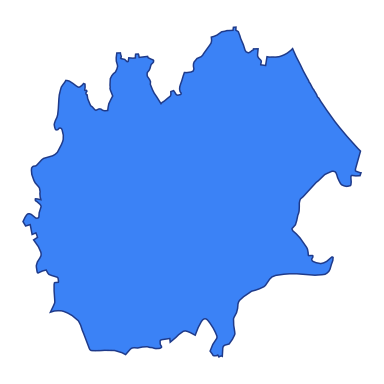 outline of Dien Ban, Quàng Nam, Vietnam
{"feature_id": "81297802B70720207353538", "entity_name": "Dien Ban", "entity_type": "district", "adm_level": 2, "iso_a3": "VNM", "parent_name": "Vietnam", "parent_adm1": "Quàng Nam", "projection": "equal_earth", "projection_center": [108.219, 15.904], "detail": "fine", "context": "isolated", "style": "filled", "palette": "blue", "viewbox_px": 384, "rotation_deg": 0, "n_neighbors": 0, "source": "geoboundaries", "source_scale": "gbopen_adm2", "svg_char_len": 5790}
<svg xmlns="http://www.w3.org/2000/svg" viewBox="0 0 384 384"><path d="M50.4,312.2L54.3,311.0L58.1,310.7L61.4,310.8L63.7,311.4L67.6,313.0L72.2,315.6L78.3,320.7L79.2,322.3L80.6,325.1L82.3,330.3L83.7,333.7L89.3,348.5L89.9,349.6L90.9,350.4L91.9,350.6L95.2,350.7L100.5,350.6L104.7,350.3L114.7,350.5L122.0,352.7L125.6,354.6L130.1,349.4L131.3,348.4L132.6,347.9L134.2,347.7L137.7,348.0L142.4,347.0L147.2,346.7L150.0,347.5L152.2,347.6L154.2,348.3L155.7,348.6L158.2,348.5L159.5,348.4L160.6,348.0L161.5,347.3L161.5,346.8L161.4,346.2L160.7,345.3L160.2,344.0L160.1,341.1L160.4,340.3L161.7,339.7L169.8,338.5L170.2,342.2L175.8,337.5L178.7,334.6L183.3,331.3L185.3,330.9L187.6,331.5L190.1,332.5L195.2,335.2L198.2,327.5L201.2,321.8L202.5,320.0L203.6,319.2L204.6,318.8L205.5,318.8L206.7,319.3L207.9,320.4L210.1,323.3L213.2,328.1L215.4,332.4L216.9,336.0L217.0,337.5L216.6,338.6L212.8,344.4L210.1,351.1L212.3,354.1L213.0,355.3L213.3,355.6L214.4,355.8L216.4,355.7L217.5,355.1L217.9,355.1L218.7,356.9L219.1,356.9L219.9,356.3L221.2,356.0L221.9,356.1L222.3,356.3L222.8,347.9L223.3,346.4L223.9,345.8L225.0,345.1L229.1,344.0L232.4,339.3L234.4,335.3L234.9,333.9L234.7,331.7L233.7,325.3L233.5,318.8L234.0,317.4L236.5,312.7L237.6,308.4L238.0,303.8L238.7,301.7L239.7,300.2L243.7,296.6L251.6,291.2L255.4,290.2L259.4,288.8L263.9,286.7L265.4,285.4L269.7,279.1L272.0,276.9L275.7,275.4L284.1,274.2L289.5,273.8L297.0,273.8L314.9,275.2L322.1,274.7L325.0,274.3L327.0,273.1L328.8,271.4L330.0,269.2L331.4,264.4L332.8,260.5L333.1,257.5L332.6,257.0L331.8,257.0L326.7,261.4L323.6,262.9L320.7,263.6L316.1,262.7L313.2,261.5L312.3,260.9L311.7,259.5L311.9,258.6L312.7,257.5L312.9,256.5L312.8,255.7L312.3,255.5L308.7,255.6L308.3,255.2L308.1,252.5L307.5,249.3L306.7,247.5L300.0,237.9L296.3,233.9L292.8,230.8L292.0,229.1L292.1,228.4L293.1,227.4L295.4,224.8L296.7,220.6L297.8,215.3L298.7,212.9L299.1,211.0L299.3,206.8L299.3,203.0L299.8,200.6L300.5,198.9L303.1,196.7L316.2,182.4L318.3,180.8L324.7,174.6L327.1,173.4L331.9,171.3L333.2,171.2L335.1,171.8L336.0,172.9L336.8,174.8L337.6,177.6L339.1,180.9L340.6,183.7L341.8,184.9L344.2,185.9L346.5,186.4L348.1,186.2L350.4,185.6L350.9,184.8L351.2,181.9L350.9,178.1L350.9,176.8L351.2,175.8L351.8,175.4L355.9,175.9L360.0,175.7L361.0,172.8L360.1,172.7L356.0,171.2L355.5,170.8L355.4,170.4L355.4,169.8L355.6,168.5L360.5,151.1L357.7,148.3L347.1,136.5L339.4,127.3L334.9,121.6L326.7,110.2L322.2,103.5L321.0,101.8L318.8,98.1L317.6,97.1L317.2,96.3L316.7,94.8L315.1,92.0L314.5,91.3L314.0,90.1L312.7,88.4L310.0,83.2L309.1,82.2L308.8,81.1L307.9,79.4L307.2,78.2L303.3,71.0L300.5,65.1L296.1,56.5L293.5,50.7L292.6,48.6L290.9,50.3L287.3,53.1L284.4,54.7L281.8,55.8L279.1,56.7L275.4,57.1L272.9,57.0L269.3,57.1L267.0,56.7L265.6,65.5L260.7,64.8L260.7,64.3L261.0,63.1L261.3,61.7L261.2,60.9L260.7,60.1L258.8,58.2L258.2,57.3L257.6,56.1L257.6,54.2L258.1,48.8L253.5,48.9L253.4,49.8L252.1,50.5L250.6,51.7L248.9,52.7L248.3,52.8L247.3,52.4L246.1,51.8L245.1,50.3L243.3,44.6L240.7,38.6L239.8,35.6L238.3,31.7L235.8,30.1L236.0,27.1L233.4,27.3L233.0,30.3L229.9,30.5L226.8,30.6L225.0,31.2L221.6,31.8L217.0,35.1L213.9,36.4L211.3,37.1L211.6,40.2L211.4,41.8L211.0,43.2L209.7,45.2L203.4,53.9L202.9,54.9L201.3,56.6L197.0,58.5L194.1,62.0L193.5,63.9L193.4,66.1L193.9,69.0L193.2,71.0L191.1,72.0L186.7,72.6L184.4,72.5L183.2,75.9L181.7,81.0L180.6,84.0L179.8,86.7L179.6,88.7L179.7,89.9L180.1,91.6L181.2,93.2L181.0,94.1L180.4,94.6L178.3,95.1L177.3,95.2L176.1,94.4L174.9,92.4L173.6,90.6L170.8,91.6L170.9,94.5L170.4,96.1L167.7,98.2L164.4,101.0L161.9,102.6L161.0,103.7L156.6,96.7L154.2,93.2L152.5,89.8L150.3,84.3L150.5,81.7L149.7,79.8L148.4,77.8L147.5,76.6L147.2,75.6L147.1,74.0L147.3,72.5L149.2,70.2L150.0,68.4L150.7,65.8L151.2,64.4L152.7,63.0L153.5,62.0L153.6,60.5L153.1,59.9L151.0,59.1L148.1,57.7L147.6,56.4L139.2,57.4L138.6,54.6L138.3,54.0L136.2,54.1L135.6,54.2L135.4,55.8L135.4,57.9L133.0,58.2L128.8,57.8L128.2,61.4L127.6,61.7L126.8,61.5L124.7,59.4L121.0,58.6L120.6,58.1L121.2,57.2L121.3,56.4L120.6,54.3L120.4,52.9L116.8,53.0L116.2,57.8L116.3,61.1L117.4,64.9L117.6,66.4L116.9,69.0L115.4,72.1L113.4,73.7L111.8,75.7L110.3,78.7L110.0,85.2L110.2,87.1L110.0,88.6L110.5,90.4L112.7,96.0L111.2,98.8L108.8,103.8L108.2,106.9L107.7,110.5L104.8,110.8L102.6,110.3L101.1,109.2L99.8,108.9L98.8,109.0L95.9,110.3L94.8,109.7L92.3,106.9L90.8,105.8L90.0,104.3L87.7,98.7L87.1,94.8L86.6,94.8L86.0,93.8L85.9,93.1L86.0,92.6L86.9,91.4L86.8,90.9L86.6,90.5L86.4,90.3L85.2,90.5L84.7,90.1L85.1,87.2L85.0,84.1L83.6,83.5L81.9,85.4L79.6,87.1L78.4,87.2L76.6,86.2L72.9,83.4L69.3,81.1L67.5,80.6L65.8,80.4L64.8,82.2L62.9,84.7L61.3,87.1L60.5,89.8L59.3,94.8L58.9,98.7L58.3,108.9L57.7,114.6L56.9,117.4L55.4,120.5L54.5,123.1L54.2,124.7L54.7,127.4L55.4,129.3L55.9,129.8L56.8,129.9L57.9,129.6L59.0,128.3L59.9,128.0L60.6,128.1L61.5,128.7L62.1,129.9L63.3,135.1L63.2,139.4L62.7,141.4L61.4,144.6L57.4,152.3L55.1,154.4L52.6,155.8L43.6,158.4L41.7,159.8L37.0,164.9L36.1,165.7L35.3,166.0L33.6,166.2L32.7,166.6L31.6,168.0L31.4,170.2L31.8,174.4L33.2,178.5L34.1,180.9L35.3,183.0L38.6,186.8L39.4,187.9L40.1,191.6L39.9,193.7L40.2,197.1L40.9,199.7L37.0,198.9L35.4,198.8L35.3,199.0L35.3,200.2L35.6,200.8L36.9,201.6L40.2,204.5L40.9,205.8L41.1,206.6L40.7,207.9L39.2,212.7L38.9,216.8L38.6,217.5L38.0,218.0L37.2,218.2L36.5,218.2L35.7,218.0L31.4,214.5L29.7,213.8L28.9,213.7L27.6,214.0L26.5,215.1L25.0,217.4L23.0,221.6L25.6,226.0L30.2,224.6L32.1,234.5L35.9,232.9L36.9,235.3L37.5,237.4L33.6,239.9L38.4,246.7L40.8,252.1L41.0,253.0L41.1,253.8L41.1,255.1L40.9,255.9L40.0,257.8L37.4,261.9L36.7,264.2L36.3,265.7L36.4,267.3L37.1,271.7L37.4,272.6L38.0,273.0L42.4,271.0L46.2,270.0L47.7,272.9L48.9,274.4L51.7,275.5L57.2,277.2L58.1,278.2L58.5,281.5L58.3,282.3L54.8,282.6L54.4,282.9L54.1,284.5L54.1,290.8L54.7,299.6L54.8,302.0L54.6,303.1L53.4,305.9L50.4,312.2Z" fill="#3b82f6" stroke="#1e3a8a" stroke-width="1.5"/></svg>